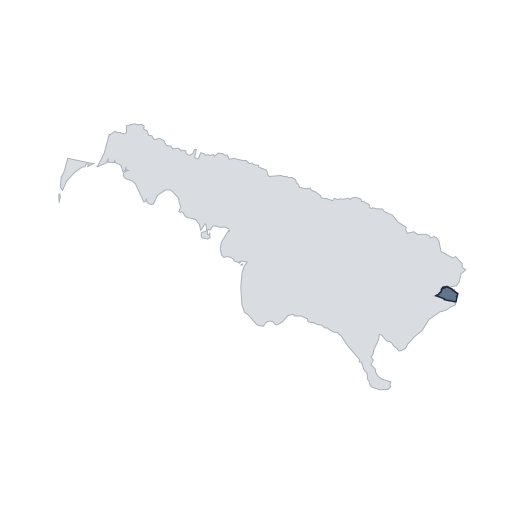 General José de San Martín, Salta, Argentina (highlighted), rotated 103°
{"feature_id": "61730980B17678477966583", "entity_name": "General José de San Martín", "entity_type": "district", "adm_level": 2, "iso_a3": "ARG", "parent_name": "Argentina", "parent_adm1": "Salta", "projection": "robinson", "projection_center": [-63.954, -22.826], "detail": "fine", "context": "in_parent", "style": "filled", "palette": "slate", "viewbox_px": 512, "rotation_deg": 103, "n_neighbors": 0, "source": "geoboundaries", "source_scale": "gbopen_adm2", "svg_char_len": 5904}
<svg xmlns="http://www.w3.org/2000/svg" viewBox="0 0 512 512"><g transform="rotate(103 256 256)"><path d="M315.1,154.5L312.2,159.6L312.8,163.0L310.0,171.1L310.7,172.6L308.5,176.5L309.1,180.6L308.0,184.6L308.4,189.6L307.6,191.1L305.7,191.5L304.3,198.5L305.8,205.2L304.4,206.5L306.9,211.4L314.5,215.6L318.4,220.0L318.5,221.8L316.4,224.5L316.1,226.7L317.2,229.8L319.1,231.7L322.8,232.9L323.2,237.3L322.5,240.1L315.3,250.0L313.6,254.3L307.0,258.7L289.8,263.8L276.5,265.7L268.9,265.3L263.8,263.3L264.2,268.9L266.7,270.5L265.4,270.6L266.4,271.6L265.8,276.2L264.2,277.1L263.0,280.9L263.1,284.2L264.6,286.9L263.0,289.6L257.2,292.3L250.5,292.9L237.8,288.6L238.3,287.9L237.7,287.6L235.6,288.5L234.8,292.3L236.2,298.0L235.8,303.1L236.6,304.7L241.1,306.6L240.8,308.6L242.3,308.9L245.6,308.4L246.0,306.8L244.3,306.2L248.7,304.9L250.4,307.0L250.5,312.1L249.7,313.5L246.2,314.5L245.3,314.2L243.3,310.6L241.6,309.9L236.7,311.8L236.2,312.9L243.4,315.6L238.1,318.3L234.0,323.1L233.9,332.0L232.9,334.4L230.1,336.7L229.6,338.4L230.6,339.4L230.2,341.1L224.7,340.5L220.7,343.2L217.2,344.1L210.8,354.0L211.8,358.8L219.2,365.7L228.3,367.6L229.5,369.9L229.1,372.7L228.0,374.3L224.7,375.8L227.6,375.8L228.8,377.3L212.8,389.7L210.7,393.4L209.9,400.9L208.7,402.5L205.4,403.9L203.1,402.4L201.3,399.6L201.4,401.9L198.3,402.7L202.0,402.8L203.8,404.6L198.9,407.3L197.5,409.7L197.0,413.1L195.1,415.1L196.6,414.7L198.1,421.4L194.3,421.8L199.1,423.0L204.8,430.6L204.3,431.2L204.1,430.4L189.7,427.0L170.5,426.4L170.6,425.4L166.0,421.3L166.9,418.4L166.1,415.9L166.9,413.7L166.2,410.9L164.5,410.0L158.4,411.6L154.6,404.2L154.7,400.1L153.5,397.5L154.5,394.2L157.6,394.0L158.4,390.5L162.4,387.8L162.3,384.4L164.7,382.5L165.3,380.8L162.9,376.5L164.4,371.7L168.6,368.1L168.0,363.6L170.3,361.3L168.3,355.3L170.6,352.7L169.4,351.3L169.3,348.1L171.7,347.3L173.1,343.8L170.5,340.7L166.0,339.8L165.8,338.1L173.8,338.0L174.7,335.5L174.1,334.0L168.0,333.2L168.0,329.8L169.2,327.6L168.0,325.4L168.4,323.3L166.7,320.3L168.2,318.9L164.1,315.8L163.9,310.7L164.8,309.4L164.1,306.6L167.7,304.0L165.9,299.1L165.9,289.6L165.2,287.1L167.4,283.2L166.2,280.6L167.7,278.7L167.0,273.8L168.8,273.4L170.0,265.0L174.6,262.5L175.5,260.8L172.0,250.2L172.3,246.2L171.5,244.4L172.3,242.0L171.5,238.6L172.8,234.6L175.9,232.9L176.2,231.6L179.4,228.8L179.2,222.0L177.6,218.5L179.3,217.2L180.3,212.0L182.7,206.5L184.8,205.6L184.2,199.3L184.9,193.7L182.1,192.6L182.7,188.6L181.6,187.7L181.0,183.4L179.1,179.7L178.9,178.0L180.0,176.9L177.8,175.4L176.3,172.0L176.6,168.8L176.9,166.7L179.1,165.1L178.7,163.6L180.5,157.0L182.8,156.7L183.9,154.4L182.7,153.1L182.9,149.2L181.8,143.6L183.9,140.8L185.6,132.1L190.8,125.9L194.2,116.1L196.9,116.0L199.9,113.9L196.8,107.5L198.7,103.5L196.6,95.0L197.2,91.9L198.9,90.1L197.0,86.8L197.5,84.2L200.3,81.2L210.0,76.7L213.7,63.6L211.7,61.3L216.9,53.7L220.7,52.4L222.3,48.5L227.2,52.2L235.7,52.3L239.9,53.9L243.0,61.4L247.4,51.3L259.2,50.9L261.6,54.6L266.1,58.7L269.2,64.4L278.9,73.2L291.3,77.4L298.9,83.4L307.8,88.4L312.2,89.5L315.6,93.1L316.4,95.7L314.3,97.7L312.8,101.6L310.4,103.8L309.4,106.4L309.4,109.5L304.7,115.9L304.9,118.2L309.6,117.7L321.0,120.1L326.5,120.1L328.2,121.2L331.2,118.3L336.1,119.4L339.3,114.3L342.4,113.3L345.9,109.8L347.6,105.5L348.4,96.2L350.3,96.8L353.5,95.5L356.3,97.4L358.5,105.2L357.8,112.7L356.4,115.7L352.9,117.4L351.0,119.6L345.6,121.2L342.6,125.2L335.8,129.4L336.1,131.7L333.9,131.5L322.4,147.0L315.1,154.5ZM203.2,461.4L202.6,434.8L206.5,440.0L204.7,439.6L204.2,442.1L207.3,442.7L208.8,445.8L215.7,451.7L225.7,457.5L235.6,459.3L232.9,462.1L223.2,463.5L217.4,462.0L203.2,461.4ZM239.6,461.1L242.5,460.0L248.4,459.8L240.7,462.0L239.6,461.1ZM268.2,267.5L268.1,268.7L266.3,266.9L268.2,267.5Z" fill="#d9dde1" stroke="#a8b0b8" stroke-width="1"/><path d="M255.8,50.9L250.2,50.9L250.2,51.1L250.2,51.3L250.1,51.5L250.0,51.4L250.0,51.2L249.9,51.1L249.7,51.0L249.7,50.9L247.3,50.9L247.3,51.0L247.2,51.0L247.2,51.3L247.1,51.5L247.0,51.8L247.0,52.0L246.9,52.1L246.7,52.1L246.7,52.3L246.6,52.5L246.6,52.8L246.6,53.0L246.4,53.1L246.3,53.3L246.2,53.4L246.2,53.5L246.3,53.6L246.2,53.7L246.1,53.8L246.1,54.0L245.9,54.1L245.8,54.3L245.7,54.4L245.7,54.6L245.7,54.8L245.5,55.0L245.4,55.1L245.5,55.2L245.5,55.3L245.4,55.5L245.4,55.8L245.2,55.8L245.3,55.9L245.3,56.1L245.2,56.1L245.0,56.3L244.9,56.4L244.9,56.5L244.8,56.9L244.7,56.9L244.6,57.0L244.4,57.1L244.3,57.4L244.3,57.6L244.2,57.7L244.2,57.8L244.1,58.0L243.9,58.0L243.9,58.3L243.9,58.5L244.0,58.6L243.9,58.8L243.7,59.0L243.9,59.3L243.8,59.5L243.7,59.5L243.7,59.8L243.6,60.0L243.6,60.3L243.5,60.5L243.5,60.8L243.5,61.0L243.4,61.1L243.4,61.3L243.5,61.4L243.4,61.5L243.2,61.6L243.3,61.7L243.3,61.9L243.2,61.9L243.2,62.1L243.1,62.3L243.0,62.5L242.9,62.7L242.8,62.9L243.0,63.0L242.9,63.2L243.0,63.3L242.9,63.5L243.0,63.8L243.3,63.9L243.4,64.0L243.5,64.0L243.6,64.3L243.6,64.5L243.9,64.5L243.9,64.8L244.0,64.8L244.2,64.7L244.3,64.9L244.3,65.1L244.2,65.2L244.2,65.3L244.3,65.3L244.4,65.2L244.5,65.2L244.5,65.4L244.4,65.4L244.3,65.5L244.5,65.5L244.4,65.8L244.4,66.0L244.5,66.0L244.4,66.1L244.3,65.9L244.2,65.9L244.1,66.0L244.1,66.4L244.3,66.5L244.6,66.5L244.5,66.9L244.5,67.0L244.8,67.1L244.9,66.8L245.0,66.7L245.1,66.8L245.4,66.9L245.5,66.8L245.7,67.0L245.7,67.4L245.8,67.5L246.0,67.5L246.3,67.6L246.4,67.8L246.5,67.8L246.8,67.7L247.0,67.6L247.2,67.8L247.3,67.7L247.5,67.4L247.6,67.5L247.8,67.5L248.0,67.6L248.3,67.7L248.5,67.7L248.8,67.7L249.1,67.7L249.3,67.7L249.6,67.7L249.6,67.8L249.8,67.8L249.9,68.0L250.0,68.1L250.1,68.3L250.2,68.5L250.3,68.6L250.5,68.6L250.8,68.6L251.0,68.9L251.0,69.0L251.4,69.2L251.6,69.3L251.8,69.2L251.9,69.3L252.0,69.3L252.3,69.5L252.5,69.7L252.6,69.8L252.8,70.0L253.0,70.1L253.1,70.3L253.2,70.6L253.4,70.7L253.5,70.7L253.5,70.9L253.4,71.0L253.5,71.1L253.8,71.2L253.9,71.3L253.9,71.5L254.1,71.7L254.2,71.8L254.3,71.9L254.4,69.4L254.5,69.4L255.3,62.8L256.1,62.8L256.1,57.4L255.9,57.4L255.8,50.9Z" fill="#64748b" stroke="#1e293b" stroke-width="1.5"/></g></svg>